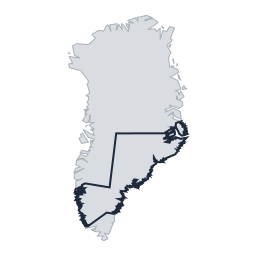 Greenland, with Kommuneqarfik Sermersooq highlighted
{"feature_id": "GRL-2739", "entity_name": "Kommuneqarfik Sermersooq", "entity_type": "state/province", "adm_level": 1, "iso_a3": "GRL", "parent_name": "Greenland", "parent_adm1": "", "projection": "orthographic", "projection_center": [-36.556, 66.454], "detail": "fine", "context": "in_parent", "style": "outline", "palette": "slate", "viewbox_px": 256, "rotation_deg": 0, "n_neighbors": 0, "source": "natural_earth", "source_scale": "10m", "svg_char_len": 9444}
<svg xmlns="http://www.w3.org/2000/svg" viewBox="0 0 256 256"><path d="M146.7,15.4L151.7,17.5L144.8,20.0L144.9,20.9L152.6,18.3L158.1,22.5L148.4,29.3L154.8,28.8L156.5,31.4L160.2,28.3L160.2,39.4L163.0,30.4L166.6,31.7L169.5,26.6L174.4,28.0L170.3,38.7L172.0,39.5L171.7,41.4L166.7,45.3L170.9,52.3L168.5,58.0L169.7,67.0L174.1,65.7L172.0,67.3L177.5,69.3L178.7,72.3L170.3,76.9L177.7,80.6L181.0,89.0L174.7,91.2L177.8,90.9L179.2,94.9L180.5,91.2L184.0,96.5L179.9,99.9L177.5,99.2L177.4,96.8L176.6,96.2L176.4,99.0L182.5,101.8L182.8,105.6L178.7,108.5L169.0,104.8L171.6,107.3L165.0,109.5L167.3,110.9L164.7,112.4L173.6,108.2L180.3,111.6L181.4,119.2L175.6,116.8L172.9,112.0L167.8,116.0L172.7,113.4L173.7,117.0L172.5,118.4L183.3,122.5L182.5,126.2L184.5,124.8L187.4,133.6L184.9,134.8L183.8,131.1L184.0,135.3L182.0,135.6L176.6,129.1L172.0,126.5L168.3,126.6L173.1,129.3L165.1,133.2L166.7,134.5L163.7,138.7L172.0,138.0L168.9,142.1L169.7,142.3L175.2,137.9L186.2,138.0L174.8,154.4L159.7,162.3L154.6,159.0L155.4,163.3L147.0,178.8L142.2,178.8L143.2,181.7L134.8,187.0L133.8,185.8L136.7,180.1L133.3,179.3L134.9,180.5L131.8,182.9L133.0,185.8L125.1,187.0L127.4,189.2L121.1,191.7L124.4,197.3L118.5,198.7L122.4,200.6L122.5,204.5L118.4,210.7L115.1,209.0L117.3,211.4L115.9,213.6L111.3,213.3L114.7,215.1L114.3,222.0L112.0,223.1L113.1,223.6L108.7,234.3L104.7,233.2L107.9,238.7L103.9,240.6L101.6,239.3L102.9,236.1L97.3,236.0L100.8,232.0L94.7,231.6L96.4,226.0L85.0,228.5L87.3,226.7L81.5,219.7L81.6,216.8L84.4,215.5L80.7,215.6L78.6,210.4L82.0,205.5L79.0,207.1L76.7,194.8L82.5,194.1L76.5,192.8L81.7,189.3L84.0,192.1L84.0,189.6L81.7,184.1L81.8,188.1L75.7,192.4L75.9,181.4L82.5,178.6L76.2,180.1L74.0,178.2L74.4,173.8L84.5,168.1L73.9,172.6L75.9,168.2L80.2,167.0L75.8,164.8L76.5,160.6L81.9,158.7L88.1,162.5L82.7,158.1L77.1,159.5L80.8,153.9L85.8,156.7L88.1,154.0L80.2,152.8L82.2,150.2L88.7,152.0L90.2,150.5L88.6,150.6L90.0,147.1L92.8,147.3L90.2,146.3L94.5,139.2L88.4,137.4L83.0,129.5L94.2,135.5L92.2,128.9L94.5,129.6L89.0,125.0L93.8,122.6L88.7,122.3L90.2,120.4L90.2,114.9L89.3,115.1L89.5,119.4L86.9,123.0L82.4,120.7L86.9,114.0L84.3,115.0L85.6,113.6L85.0,112.4L88.6,109.3L86.5,107.3L88.5,104.7L87.1,101.9L88.4,100.3L88.6,96.6L86.0,95.8L89.7,93.0L87.1,83.7L88.3,82.6L88.3,80.7L80.7,70.7L69.5,67.7L68.7,63.9L72.6,63.3L69.2,56.5L80.2,58.0L74.4,55.3L72.5,45.9L76.7,43.7L88.7,44.6L95.4,38.1L91.9,34.4L98.9,30.3L103.6,31.1L106.4,26.0L108.0,24.9L111.0,31.6L109.7,24.9L116.8,23.7L117.3,25.7L116.0,30.3L117.3,28.5L118.6,24.5L122.0,29.2L121.4,23.9L122.6,24.0L128.3,31.6L129.7,25.3L128.6,22.5L133.7,23.1L127.8,20.5L135.3,17.8L137.7,21.0L138.0,19.5L137.1,17.5L146.7,15.4ZM82.5,133.2L88.5,142.0L81.5,143.5L79.0,138.2L81.6,136.7L80.5,134.5L82.5,133.2ZM174.5,132.4L175.0,135.0L172.8,137.3L167.0,137.9L167.7,133.6L174.5,132.4ZM128.5,28.7L126.5,25.9L126.2,23.5L129.0,25.1L128.5,28.7ZM170.9,43.9L169.9,47.2L168.8,46.3L170.9,43.9ZM183.9,85.9L186.5,88.8L182.8,89.5L182.2,87.3L183.9,85.9ZM180.8,80.5L178.6,77.3L177.9,74.8L178.7,75.1L180.8,80.5ZM87.3,109.2L85.5,111.4L84.2,109.5L87.3,109.2ZM163.7,28.2L163.3,28.5L161.8,26.5L162.0,26.0L163.7,28.2ZM93.0,140.6L90.5,143.0L90.8,140.1L93.0,140.6ZM173.2,59.1L174.2,63.6L172.7,60.0L173.2,59.1ZM70.4,53.7L69.0,53.6L68.5,52.6L70.4,53.7ZM87.5,124.8L86.0,126.5L86.0,126.1L87.5,124.8ZM177.6,64.8L176.8,65.5L177.2,63.4L177.6,64.8ZM94.5,228.4L93.2,231.0L91.5,229.5L94.5,228.4ZM92.2,130.4L90.8,129.9L90.8,129.6L91.6,129.1L92.2,130.4ZM138.0,186.3L137.0,187.6L136.9,186.0L138.0,186.3Z" fill="#d9dde1" stroke="#a8b0b8" stroke-width="1"/><path d="M166.5,131.8L167.6,133.2L165.2,133.3L166.8,134.2L166.0,137.3L163.2,138.8L172.6,138.1L165.7,141.9L169.5,142.7L171.0,139.5L172.9,139.8L175.8,137.2L176.1,137.3L175.6,137.8L175.9,138.5L176.8,137.5L180.9,138.9L186.6,137.7L183.3,141.1L184.4,141.8L181.4,142.6L182.8,143.5L182.3,144.8L180.3,144.3L181.5,145.8L179.4,146.1L180.0,147.9L178.2,147.8L179.0,148.8L178.0,149.4L178.3,150.4L176.9,149.9L177.8,151.0L175.3,154.3L165.7,158.3L166.1,159.2L164.8,159.9L165.2,160.3L163.3,158.5L162.7,159.5L163.0,160.1L161.9,160.2L162.9,161.5L160.1,160.3L161.7,162.0L157.5,162.3L156.8,161.0L157.5,160.7L155.9,160.7L153.9,157.3L153.9,159.1L155.6,161.3L154.3,160.9L154.2,161.3L155.7,161.7L155.9,163.9L151.8,166.4L152.4,167.0L151.3,167.8L151.7,169.2L150.5,169.6L151.5,170.7L150.3,171.0L150.9,172.4L149.3,173.3L149.7,173.7L149.2,173.7L149.2,174.9L149.5,175.5L148.9,175.1L148.3,177.4L147.7,175.7L147.3,176.8L147.8,177.7L146.9,179.4L145.7,180.2L145.1,179.0L144.7,179.9L145.4,180.5L144.8,180.7L142.3,178.8L143.5,180.7L142.9,181.1L143.2,181.0L143.3,182.0L142.7,181.1L141.9,182.1L142.8,182.2L140.4,183.9L140.3,182.2L139.6,182.3L137.7,184.6L137.5,182.5L137.0,185.3L135.1,183.6L134.4,184.2L134.7,182.6L137.1,179.8L133.4,179.3L135.1,180.5L133.9,180.7L134.5,181.1L133.5,181.9L134.0,182.3L133.7,183.7L132.0,182.8L133.4,184.8L132.9,186.4L130.8,185.9L131.4,187.0L129.5,187.2L128.5,185.3L129.0,186.9L127.2,185.8L126.5,187.5L124.9,187.4L126.5,188.4L125.9,188.9L126.6,190.0L125.1,190.7L125.8,191.5L121.0,191.0L121.5,192.3L120.8,192.5L122.8,195.3L122.6,197.4L123.6,198.5L118.5,199.0L122.6,200.8L121.4,202.3L122.6,204.5L117.9,203.5L121.6,205.8L119.8,206.3L120.2,207.1L119.2,205.9L120.3,207.4L119.8,207.6L118.7,205.8L119.3,207.4L118.3,206.1L117.9,206.4L118.8,207.2L119.8,208.4L118.6,207.2L118.1,207.1L117.4,205.8L116.5,206.6L118.3,210.0L115.8,208.6L117.7,210.9L114.9,209.9L117.3,211.2L116.7,212.6L115.5,212.2L114.1,212.7L114.3,211.4L113.0,212.0L113.7,212.5L113.0,212.5L113.3,213.7L106.7,212.6L87.7,226.4L84.4,226.2L87.1,226.2L86.7,225.7L87.6,224.8L85.6,224.5L87.2,223.4L84.6,224.8L85.3,224.0L83.7,223.6L85.0,223.3L84.4,223.2L84.6,222.7L85.2,222.9L85.4,222.6L82.1,221.7L86.1,221.1L85.0,221.0L85.7,220.4L82.6,221.3L81.4,220.0L84.7,219.9L82.6,219.6L83.7,218.2L82.3,218.6L84.4,216.4L82.0,218.5L81.5,218.0L82.5,216.9L81.3,217.4L84.4,215.6L83.3,215.3L83.9,214.2L82.8,215.8L80.7,215.6L81.6,214.9L80.7,214.4L82.2,215.1L82.5,214.2L80.8,214.0L82.7,213.3L80.1,213.0L80.6,212.6L78.7,210.1L81.4,206.9L79.3,208.3L79.7,206.9L82.5,205.5L80.2,206.0L79.6,206.9L79.0,207.3L80.5,205.4L79.0,205.8L78.7,204.3L81.3,203.5L79.0,203.0L78.2,203.1L77.5,203.5L78.3,202.6L77.2,203.2L77.1,201.6L80.7,201.7L76.8,200.4L79.1,199.8L77.6,199.7L78.0,198.6L78.5,199.1L80.0,199.1L79.9,199.5L80.3,199.0L77.9,198.5L77.4,199.8L76.8,199.4L76.2,199.3L76.9,198.6L76.1,197.7L76.9,197.6L76.3,197.1L77.7,196.9L79.2,196.0L76.7,196.6L77.4,195.3L76.3,194.6L83.3,194.4L81.2,194.1L82.3,192.6L77.4,194.2L76.6,193.5L77.8,193.7L76.3,192.9L79.6,193.4L80.2,193.1L79.4,192.7L80.3,191.6L82.5,192.3L83.3,191.9L80.6,189.8L82.6,189.2L83.5,191.6L85.5,193.4L83.7,189.3L84.8,188.2L82.4,188.5L82.4,186.2L82.1,184.9L85.1,183.4L109.6,187.4L116.2,133.4L163.8,133.3L166.5,131.8ZM181.3,121.3L180.0,124.1L181.8,122.3L181.4,123.7L181.8,124.5L183.5,122.5L182.1,124.7L182.8,127.4L183.3,125.0L184.4,124.6L184.2,125.2L184.9,125.5L184.5,126.1L185.3,126.2L184.4,126.9L185.1,126.9L185.4,128.0L184.9,127.6L185.4,128.2L183.7,129.2L185.7,128.6L185.0,129.8L186.3,129.6L185.5,131.2L186.4,131.1L186.1,131.8L186.9,131.9L186.5,133.2L187.5,133.9L184.9,134.9L183.7,131.2L183.5,132.6L184.2,135.2L181.9,135.7L179.2,133.8L178.1,130.9L176.1,127.8L174.8,128.6L173.7,127.4L176.1,127.1L175.6,125.3L176.1,123.0L181.3,121.3ZM175.1,134.0L173.4,136.4L172.5,136.0L166.7,138.2L169.2,133.7L171.7,132.8L173.3,131.0L175.1,134.0ZM171.2,127.4L173.9,129.0L170.1,133.0L168.0,133.3L166.9,131.5L171.0,128.9L171.2,127.4ZM81.8,186.3L82.1,188.6L79.7,189.4L80.5,188.0L79.6,188.0L77.0,191.8L74.8,192.2L75.6,189.1L81.8,186.3ZM136.7,185.4L135.8,185.8L136.5,186.2L134.8,187.2L133.8,185.9L135.1,184.0L136.7,185.4ZM124.6,197.3L123.2,197.1L122.9,194.9L121.9,193.1L123.3,193.9L123.7,196.0L123.3,196.3L124.6,197.3ZM119.6,208.6L118.4,209.0L116.7,206.5L117.5,206.4L118.4,207.9L119.6,208.6ZM80.9,190.6L78.9,192.8L78.1,192.7L80.0,190.2L80.9,190.6ZM167.6,135.3L167.4,133.9L168.9,133.6L168.6,134.4L167.6,135.3ZM114.0,212.7L116.1,213.6L113.5,213.2L114.0,212.7ZM79.3,190.9L77.7,191.2L79.8,189.9L79.3,190.9ZM120.6,199.5L122.5,199.7L122.3,199.9L120.8,199.8L120.6,199.5ZM182.6,142.7L183.5,142.2L183.9,142.9L182.6,142.7ZM164.0,160.3L163.6,161.1L163.0,160.5L163.4,160.1L164.0,160.3ZM138.8,184.0L139.3,183.5L139.7,183.5L139.3,185.0L138.8,184.0ZM137.5,185.7L137.8,187.1L136.9,186.1L137.5,185.7ZM172.2,136.7L173.1,136.6L172.2,137.1L172.2,136.7ZM118.9,209.4L118.6,210.1L118.2,209.4L118.9,209.4ZM138.5,184.3L138.5,185.6L137.8,184.9L138.5,184.3ZM127.7,189.4L127.7,189.7L126.4,189.2L127.7,189.4ZM117.4,212.4L118.1,211.1L118.1,211.5L117.4,212.4ZM78.4,203.9L77.8,204.2L77.6,203.6L78.2,203.2L78.4,203.9ZM83.1,222.5L84.4,222.4L84.5,222.8L83.1,222.5ZM79.1,203.2L78.7,204.1L78.5,203.7L79.1,203.2ZM86.2,225.8L84.8,225.6L84.7,225.4L86.2,225.8ZM140.3,184.2L141.0,184.2L140.2,184.7L140.3,184.2ZM74.9,193.4L75.7,192.7L75.7,192.9L74.9,193.4ZM117.8,210.4L118.4,210.1L118.8,210.6L118.4,210.8L117.8,210.4ZM173.7,130.8L174.5,130.9L174.7,131.5L174.3,131.4L173.7,130.8ZM137.0,187.6L137.3,187.0L137.7,187.4L137.6,187.6L137.4,187.4L137.1,187.6L137.0,187.6ZM149.4,174.9L149.9,175.1L149.5,175.2L149.4,174.9ZM76.6,199.5L77.0,199.9L76.2,200.0L76.6,199.5ZM143.7,181.3L143.7,180.7L144.1,180.6L143.7,181.3ZM81.9,219.2L82.5,219.1L82.5,219.4L81.9,219.2ZM121.2,205.3L121.9,205.2L121.9,205.3L121.2,205.3ZM78.3,204.3L78.2,204.9L78.0,204.4L78.3,204.3ZM151.2,171.8L151.2,171.2L151.6,171.1L151.2,171.8ZM115.7,212.6L116.1,213.0L116.3,213.0L115.9,213.2L115.7,212.6ZM82.3,223.2L82.9,222.8L83.5,223.0L82.3,223.2Z" fill="none" stroke="#1e293b" stroke-width="2"/></svg>